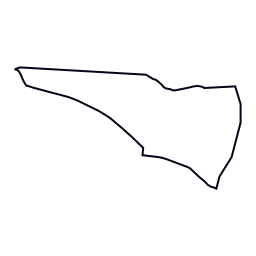 Dennery By Pass/Green Mountain, Dennery, Saint Lucia
{"feature_id": "8701671B40736207737623", "entity_name": "Dennery By Pass/Green Mountain", "entity_type": "district", "adm_level": 2, "iso_a3": "LCA", "parent_name": "Saint Lucia", "parent_adm1": "Dennery", "projection": "robinson", "projection_center": [-60.898, 13.911], "detail": "fine", "context": "isolated", "style": "outline", "palette": "ink", "viewbox_px": 256, "rotation_deg": 0, "n_neighbors": 0, "source": "geoboundaries", "source_scale": "gbopen_adm2", "svg_char_len": 821}
<svg xmlns="http://www.w3.org/2000/svg" viewBox="0 0 256 256"><path d="M235.2,86.4L204.2,88.0L202.8,87.0L200.8,86.5L197.4,85.9L193.2,86.5L188.0,87.8L174.9,90.4L172.3,90.2L170.6,89.3L165.2,88.2L163.4,86.7L161.8,84.8L158.6,81.9L156.2,80.0L152.9,78.9L145.9,74.7L19.9,67.4L15.4,69.1L15.4,69.5L17.0,69.7L18.9,71.4L20.8,74.7L23.1,80.2L24.5,82.8L26.4,85.7L28.3,85.9L29.9,86.6L33.7,87.8L51.3,92.5L68.6,97.1L77.4,100.5L89.7,106.5L99.3,111.2L109.8,117.8L122.1,128.2L131.8,136.9L143.2,147.9L142.5,155.2L149.1,156.0L157.6,157.0L160.8,157.5L164.9,158.6L177.3,163.2L188.1,167.3L189.9,168.2L191.4,169.6L199.5,177.2L204.9,181.7L207.6,184.7L210.8,186.6L214.0,187.6L216.4,188.6L216.5,188.1L216.6,187.7L218.3,181.0L219.4,176.7L231.6,157.1L240.6,122.6L240.6,104.0L238.3,96.6L235.2,86.4Z" fill="none" stroke="#020617" stroke-width="2"/></svg>